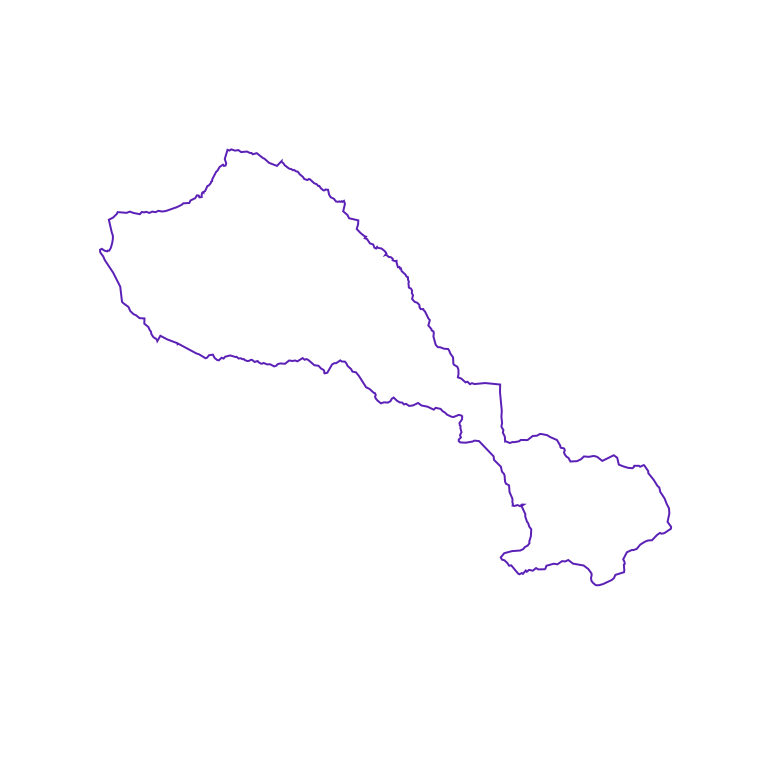 Chiojdeni, Vrancea, Romania (orthographic projection), rotated 148°
{"feature_id": "2599482B77515537465857", "entity_name": "Chiojdeni", "entity_type": "district", "adm_level": 2, "iso_a3": "ROU", "parent_name": "Romania", "parent_adm1": "Vrancea", "projection": "orthographic", "projection_center": [26.832, 45.598], "detail": "fine", "context": "isolated", "style": "outline", "palette": "violet", "viewbox_px": 768, "rotation_deg": 148, "n_neighbors": 0, "source": "geoboundaries", "source_scale": "gbopen_adm2", "svg_char_len": 6159}
<svg xmlns="http://www.w3.org/2000/svg" viewBox="0 0 768 768"><g transform="rotate(148 384 384)"><path d="M562.6,592.6L562.4,591.1L559.9,584.8L560.5,580.3L559.4,575.9L557.9,573.8L556.4,569.4L552.4,566.5L555.3,562.2L553.6,557.1L554.1,554.0L553.9,551.8L554.8,549.7L554.8,546.6L554.3,544.7L553.5,543.6L553.2,541.5L553.5,540.5L548.1,543.4L544.2,536.7L537.6,528.1L538.0,527.1L537.0,527.0L526.9,509.3L525.1,507.2L521.7,500.4L520.1,500.1L517.1,501.1L513.6,499.6L513.8,495.8L512.8,492.8L511.6,491.6L507.7,492.3L506.6,490.6L504.3,491.3L499.4,489.8L495.6,485.6L494.6,485.2L493.9,482.8L491.7,481.6L491.0,480.2L489.6,479.3L489.4,478.1L488.0,476.2L486.4,475.2L484.0,475.0L483.0,474.2L482.0,471.2L479.0,470.5L478.9,469.1L477.6,466.6L476.8,465.9L474.9,465.6L472.8,462.6L470.1,461.1L467.8,457.1L465.6,456.6L463.7,457.2L461.1,456.4L457.2,453.6L452.0,454.2L449.4,452.0L446.9,451.0L445.4,449.1L439.3,449.1L438.4,446.6L436.5,446.2L435.4,444.3L433.1,436.8L429.9,434.2L429.2,430.5L427.8,428.0L427.8,426.7L428.8,425.1L428.6,424.4L426.1,423.6L417.7,428.1L415.1,428.0L413.6,427.0L408.6,427.2L407.8,425.4L405.3,423.7L405.0,421.6L405.3,418.6L404.0,414.1L404.2,411.2L401.6,408.8L401.0,404.2L400.9,390.7L399.0,387.7L397.4,382.1L396.5,380.9L396.9,378.9L398.3,378.0L398.7,376.3L398.3,373.4L396.8,369.2L393.8,368.5L390.6,366.2L387.6,366.0L385.4,367.3L383.0,367.4L381.9,363.0L380.5,360.2L378.4,358.6L377.9,356.1L375.8,355.5L374.3,352.1L370.9,350.5L365.1,349.8L363.6,345.9L359.2,341.8L355.4,335.9L352.8,336.4L349.2,332.9L348.7,329.9L347.5,327.6L346.7,324.5L344.0,320.3L342.3,319.1L337.0,318.2L335.1,316.3L334.8,315.2L336.5,312.7L340.7,310.9L341.6,308.7L341.4,307.7L342.7,305.9L343.8,302.1L346.7,300.3L347.1,297.9L350.0,297.3L350.9,295.9L350.3,294.1L345.8,290.9L339.2,288.2L337.4,288.1L333.7,285.3L329.4,264.6L330.9,261.3L328.7,251.9L330.4,247.2L329.9,244.1L330.3,242.4L333.0,237.2L333.4,234.9L331.7,231.8L334.8,225.8L335.9,218.6L337.9,215.4L338.2,214.0L339.4,212.7L337.9,211.4L335.0,210.6L333.3,208.3L330.9,208.7L329.5,207.7L331.5,207.7L332.1,207.1L333.1,198.7L334.4,196.9L335.7,191.5L335.5,189.6L336.4,186.0L336.1,182.8L340.1,177.1L344.3,173.4L345.0,171.9L347.6,170.9L351.4,171.0L353.2,170.2L356.7,170.6L363.9,174.4L371.7,176.8L376.9,175.1L377.0,172.5L375.3,170.7L374.3,167.0L374.2,163.6L372.2,162.8L370.7,152.0L370.0,150.9L367.3,150.6L366.8,149.4L362.6,150.7L362.4,149.1L359.5,149.5L356.7,146.8L352.6,147.3L351.4,145.0L346.0,141.8L344.9,141.9L342.6,143.8L335.2,141.6L332.5,139.2L326.8,139.4L324.4,137.5L321.0,137.1L318.9,131.5L310.9,124.3L308.8,118.9L308.4,113.4L309.4,111.6L311.2,109.9L312.4,107.1L312.1,104.4L311.0,101.2L308.7,99.6L304.5,98.3L294.9,97.1L291.9,97.5L288.9,99.5L280.2,97.2L278.9,98.7L276.4,103.6L275.1,103.9L274.2,106.2L274.1,108.5L267.2,112.6L261.6,111.9L260.8,111.1L257.1,110.2L251.8,112.0L246.5,112.0L243.1,111.4L239.5,109.5L232.4,111.3L228.9,111.5L227.9,109.9L225.3,109.0L217.4,109.2L216.2,110.7L216.6,116.8L210.7,122.9L208.2,127.5L207.8,132.5L206.7,138.3L206.9,146.1L205.4,150.3L206.1,152.6L206.1,160.0L207.1,168.3L206.1,170.2L206.4,177.1L206.8,177.6L210.6,178.1L211.1,179.5L215.1,182.0L216.2,181.1L218.1,181.0L221.6,183.7L224.6,187.2L227.6,191.2L225.3,197.9L226.9,201.8L239.6,203.1L241.9,209.4L244.2,211.8L248.9,213.7L252.8,216.6L256.9,215.8L261.2,216.3L267.0,219.5L266.7,223.5L267.8,225.8L268.0,228.3L267.6,230.6L265.7,232.1L265.5,233.5L265.6,234.2L267.8,236.2L267.8,237.2L267.2,238.2L267.0,244.8L271.4,251.3L272.7,254.1L276.5,257.7L278.2,259.0L281.7,259.1L285.4,261.1L292.0,260.4L297.7,264.1L299.7,263.8L304.3,265.6L305.8,266.7L308.6,267.3L311.2,271.0L311.7,271.1L309.4,275.4L309.0,279.7L307.1,281.8L307.1,285.2L306.5,286.3L304.6,288.2L301.8,294.0L298.4,298.7L290.0,315.5L285.8,322.0L297.7,331.2L307.3,336.0L309.0,338.1L311.2,338.3L312.0,341.7L314.0,342.2L315.6,347.7L317.8,350.5L315.6,352.9L313.2,356.9L312.7,359.7L314.5,363.4L314.4,364.5L311.3,370.0L311.6,374.8L311.0,377.9L311.1,379.7L314.4,382.1L316.9,385.4L318.8,386.7L319.4,389.8L316.9,398.1L314.9,400.6L314.2,402.4L315.2,404.2L314.7,405.5L315.4,410.1L311.3,413.9L311.6,416.0L310.8,423.9L311.3,425.8L311.0,426.7L313.2,428.1L313.2,430.3L312.3,431.8L312.2,433.1L312.9,435.5L314.5,437.5L315.1,441.2L312.4,443.9L312.2,446.5L310.7,448.2L310.6,450.6L311.8,452.6L309.8,456.6L308.7,457.5L308.4,459.6L307.1,461.9L308.0,463.3L307.8,465.3L309.2,470.4L308.4,473.2L309.3,473.5L308.9,475.1L310.3,475.7L309.1,480.0L308.1,481.8L309.5,482.3L311.1,484.4L310.2,485.6L311.0,487.9L312.7,489.3L313.6,492.5L314.5,492.7L312.8,493.4L312.7,494.0L313.0,496.5L314.3,500.2L317.1,502.8L317.2,503.9L319.0,503.1L319.9,504.8L319.2,508.0L321.4,510.7L321.6,515.9L323.0,517.8L321.2,518.5L322.2,519.6L323.8,524.2L325.0,529.9L321.3,533.2L319.1,536.4L325.8,543.1L325.4,546.6L327.1,552.1L321.7,557.4L320.9,560.5L322.8,560.5L323.0,561.4L324.5,561.6L325.1,562.5L326.7,563.0L328.0,564.3L328.3,567.6L330.3,570.7L330.2,573.8L328.5,578.3L330.6,580.0L331.6,579.7L332.8,580.3L333.8,583.3L333.9,586.2L334.8,586.7L335.2,589.1L336.8,591.2L338.3,596.7L339.1,597.7L340.8,597.5L343.0,600.1L343.0,602.5L344.3,606.4L344.6,609.8L345.8,610.8L346.8,613.1L348.0,613.6L348.6,615.2L350.3,616.9L352.3,622.1L352.3,624.3L353.1,626.7L352.7,627.3L359.2,625.7L364.3,632.5L366.0,638.4L366.9,639.7L369.6,647.2L373.6,648.4L373.9,650.1L375.3,651.0L377.0,653.7L382.3,656.4L383.5,659.5L386.6,660.8L389.2,663.9L391.4,663.9L392.6,665.5L399.8,659.2L400.9,654.7L402.7,653.2L404.2,653.8L404.3,655.3L408.3,655.2L412.3,653.1L413.9,652.9L421.3,648.5L422.3,647.1L423.3,647.2L424.4,646.2L427.3,645.2L428.8,645.5L433.5,642.4L435.1,642.5L435.6,641.9L435.8,642.6L436.7,642.6L438.4,641.1L439.4,639.2L441.4,639.9L441.7,640.9L441.2,641.7L441.4,642.2L442.8,643.1L445.7,641.6L450.8,642.2L453.2,640.7L458.5,643.6L460.7,643.2L465.7,643.7L477.6,646.4L481.0,648.0L483.5,650.4L486.7,650.8L489.2,653.0L492.3,653.4L494.5,656.1L496.4,656.6L498.2,658.2L501.1,657.4L505.8,661.8L508.2,664.9L511.5,665.5L518.8,670.9L520.5,669.8L525.6,668.7L530.3,669.1L534.6,656.6L535.3,653.5L536.9,650.9L539.8,647.6L543.4,644.3L546.3,642.7L547.6,643.5L548.5,643.2L550.3,645.1L551.7,648.2L553.7,648.3L554.9,645.9L554.5,641.1L555.1,637.1L554.7,622.0L556.1,606.3L562.6,592.6Z" fill="none" stroke="#5b21b6" stroke-width="2"/></g></svg>